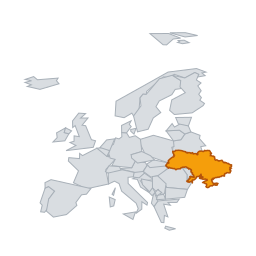 Europe, with Ukraine highlighted, rotated 4°
{"feature_id": "UKR", "entity_name": "Ukraine", "entity_type": "country or territory", "adm_level": 0, "iso_a3": "UKR", "parent_name": "Europe", "parent_adm1": "", "projection": "natural_earth1", "projection_center": [31.244, 48.371], "detail": "fine", "context": "in_parent", "style": "filled", "palette": "amber", "viewbox_px": 256, "rotation_deg": 4, "n_neighbors": 37, "source": "natural_earth", "source_scale": "50m", "svg_char_len": 12662}
<svg xmlns="http://www.w3.org/2000/svg" viewBox="0 0 256 256"><g transform="rotate(4 128 128)"><path d="M143.3,32.3L161.9,30.9L174.2,34.7L166.9,36.1L160.7,42.4L157.2,42.5L143.3,32.3ZM201.3,70.4L193.4,72.4L194.8,69.6L190.8,68.0L181.2,74.1L170.4,71.2L165.8,75.1L159.9,74.5L144.1,90.1L143.8,93.2L140.6,93.2L137.9,97.1L137.7,110.1L132.7,115.6L130.8,112.9L123.4,118.0L114.3,116.8L114.2,102.1L164.1,69.4L192.2,63.9L201.9,66.8L197.9,67.9L201.3,70.4ZM191.0,30.9L178.6,33.2L163.1,30.1L178.6,28.9L191.0,30.9ZM183.0,38.6L176.5,40.1L171.5,39.2L173.5,38.3L171.9,37.2L177.9,36.5L183.0,38.6Z" fill="#d9dde1" stroke="#a8b0b8" stroke-width="1"/><path d="M98.4,150.3L117.4,160.2L108.8,170.9L112.5,185.2L90.8,191.6L77.4,186.4L81.6,174.2L70.8,165.1L71.0,161.7L81.8,161.9L81.5,156.7L84.6,158.7L98.4,150.3ZM116.7,195.2L119.6,188.4L118.3,196.2L116.7,195.2Z" fill="#d9dde1" stroke="#a8b0b8" stroke-width="1"/><path d="M132.7,115.6L139.4,105.0L137.9,97.1L140.6,93.2L143.8,93.2L155.9,76.7L168.5,72.3L177.3,77.0L178.0,85.0L172.4,86.2L169.4,91.7L157.3,98.8L154.4,104.8L159.6,110.3L152.5,116.2L148.2,127.8L137.7,131.2L132.7,115.6Z" fill="#d9dde1" stroke="#a8b0b8" stroke-width="1"/><path d="M191.0,127.5L200.4,130.3L200.0,133.6L206.8,140.3L201.9,141.5L203.6,146.0L199.2,149.5L174.0,148.4L174.3,137.7L181.6,136.0L185.1,130.0L191.0,127.5Z" fill="#d9dde1" stroke="#a8b0b8" stroke-width="1"/><path d="M174.3,137.7L175.2,143.3L173.0,144.2L175.7,152.4L170.9,160.1L147.3,153.7L140.7,141.9L141.2,138.4L153.9,133.5L174.3,137.7Z" fill="#d9dde1" stroke="#a8b0b8" stroke-width="1"/><path d="M149.5,164.3L145.5,171.1L140.3,172.3L121.6,169.1L134.5,167.4L137.4,160.8L147.9,161.3L149.5,164.3Z" fill="#d9dde1" stroke="#a8b0b8" stroke-width="1"/><path d="M168.2,163.0L170.4,165.5L163.9,172.8L154.3,175.4L146.3,170.3L149.5,164.3L168.2,163.0Z" fill="#d9dde1" stroke="#a8b0b8" stroke-width="1"/><path d="M184.8,163.9L192.3,164.4L197.2,172.3L192.9,172.2L190.5,176.7L190.2,170.5L184.8,163.9Z" fill="#d9dde1" stroke="#a8b0b8" stroke-width="1"/><path d="M190.5,176.7L195.6,177.6L191.6,185.1L170.6,184.6L160.9,173.7L172.0,164.5L184.8,163.9L190.2,170.5L190.5,176.7Z" fill="#d9dde1" stroke="#a8b0b8" stroke-width="1"/><path d="M185.1,130.0L181.6,136.0L174.3,137.7L166.2,128.2L179.5,126.6L185.1,130.0Z" fill="#d9dde1" stroke="#a8b0b8" stroke-width="1"/><path d="M188.1,121.7L191.0,127.5L185.1,130.0L179.5,126.6L166.2,128.2L171.7,120.5L174.3,123.8L180.8,119.5L188.1,121.7Z" fill="#d9dde1" stroke="#a8b0b8" stroke-width="1"/><path d="M190.6,112.9L188.1,121.7L177.9,120.3L174.8,114.2L190.6,112.9Z" fill="#d9dde1" stroke="#a8b0b8" stroke-width="1"/><path d="M141.2,138.4L143.4,150.5L133.0,154.4L137.4,160.8L134.5,167.4L114.5,166.7L117.4,160.2L112.3,159.3L110.6,155.0L111.3,147.1L114.6,145.4L116.3,138.7L119.8,139.5L122.5,137.2L122.0,133.0L126.9,132.9L130.0,137.3L135.8,135.2L141.2,138.4Z" fill="#d9dde1" stroke="#a8b0b8" stroke-width="1"/><path d="M169.6,182.6L170.6,184.6L191.6,185.1L189.4,193.2L170.3,196.4L169.6,182.6Z" fill="#d9dde1" stroke="#a8b0b8" stroke-width="1"/><path d="M182.5,225.2L176.3,227.1L171.7,225.3L172.4,223.3L182.5,225.2ZM162.9,198.7L184.1,195.3L182.0,198.8L173.1,199.5L175.7,202.1L168.9,201.5L174.0,213.9L170.4,212.7L170.4,219.9L167.8,219.9L159.4,204.5L162.9,198.7Z" fill="#d9dde1" stroke="#a8b0b8" stroke-width="1"/><path d="M162.9,198.7L159.4,204.5L156.6,201.5L158.4,189.9L162.9,198.7Z" fill="#d9dde1" stroke="#a8b0b8" stroke-width="1"/><path d="M147.5,171.9L157.6,177.9L144.0,179.8L153.5,190.9L144.6,186.0L140.9,178.6L136.3,178.3L147.5,171.9Z" fill="#d9dde1" stroke="#a8b0b8" stroke-width="1"/><path d="M122.2,167.1L124.6,172.0L112.9,175.3L108.5,173.0L111.7,167.1L122.2,167.1Z" fill="#d9dde1" stroke="#a8b0b8" stroke-width="1"/><path d="M109.6,155.2L110.7,158.1L108.9,157.8L109.6,155.2Z" fill="#d9dde1" stroke="#a8b0b8" stroke-width="1"/><path d="M111.3,151.9L108.9,157.8L98.4,150.3L107.5,148.8L111.3,151.9Z" fill="#d9dde1" stroke="#a8b0b8" stroke-width="1"/><path d="M115.5,139.7L111.3,151.9L101.4,149.4L107.5,141.4L115.5,139.7Z" fill="#d9dde1" stroke="#a8b0b8" stroke-width="1"/><path d="M49.5,193.8L52.7,191.9L59.2,196.1L53.8,204.5L54.7,211.9L50.7,217.9L46.7,217.7L47.8,211.0L45.5,208.8L49.5,193.8Z" fill="#d9dde1" stroke="#a8b0b8" stroke-width="1"/><path d="M52.4,216.6L53.8,204.5L59.2,196.1L52.7,191.9L49.5,193.8L49.0,188.3L54.8,184.9L95.2,191.0L91.2,196.9L86.3,197.9L81.2,206.0L82.4,208.8L72.7,218.6L59.8,222.1L52.4,216.6Z" fill="#d9dde1" stroke="#a8b0b8" stroke-width="1"/><path d="M69.4,137.9L65.9,145.2L54.1,147.2L58.0,142.5L57.1,137.8L65.7,132.2L64.7,137.0L69.4,137.9Z" fill="#d9dde1" stroke="#a8b0b8" stroke-width="1"/><path d="M125.1,170.1L137.3,171.9L137.5,176.2L131.5,177.2L132.0,183.3L152.7,201.0L152.3,203.6L147.0,200.6L147.4,208.0L141.9,212.7L143.8,207.7L141.4,202.5L126.1,191.5L123.0,184.1L118.2,182.0L112.5,185.2L111.4,174.3L125.1,170.1ZM129.3,214.1L141.3,211.2L139.3,218.9L129.3,214.1ZM114.1,198.2L120.2,200.3L119.2,206.7L115.8,208.0L114.1,198.2Z" fill="#d9dde1" stroke="#a8b0b8" stroke-width="1"/><path d="M126.9,132.9L122.0,133.0L121.4,125.9L130.6,120.6L129.0,124.3L131.1,126.3L126.9,132.9ZM136.0,127.8L134.4,133.7L131.0,131.1L130.8,129.3L136.0,127.8Z" fill="#d9dde1" stroke="#a8b0b8" stroke-width="1"/><path d="M69.4,137.9L64.7,137.0L65.7,132.2L71.9,134.8L69.4,137.9ZM80.0,140.0L75.1,129.3L72.8,131.4L72.2,124.8L77.8,116.6L84.7,116.6L80.0,121.4L87.4,120.8L82.0,128.4L85.6,128.7L92.3,142.2L96.5,143.0L94.7,149.7L67.8,154.9L77.3,149.1L71.1,146.5L75.1,145.0L74.8,139.6L80.0,140.0Z" fill="#d9dde1" stroke="#a8b0b8" stroke-width="1"/><path d="M54.8,83.1L53.3,85.8L56.1,88.7L37.5,95.6L24.6,93.6L28.5,91.7L22.1,89.7L28.5,87.6L22.0,86.7L30.3,83.3L34.3,86.2L54.8,83.1Z" fill="#d9dde1" stroke="#a8b0b8" stroke-width="1"/><path d="M137.3,171.9L146.3,170.3L147.5,171.9L142.6,176.9L136.6,176.6L137.3,171.9Z" fill="#d9dde1" stroke="#a8b0b8" stroke-width="1"/><path d="M194.8,69.6L192.9,75.3L197.7,78.0L194.7,81.1L198.4,85.8L196.2,89.4L199.1,92.6L197.7,95.3L202.6,98.2L201.4,100.4L191.0,108.4L173.3,111.3L168.3,107.5L169.7,96.9L182.7,88.8L177.0,83.4L177.3,77.0L168.5,72.3L181.2,74.1L190.8,68.0L194.8,69.6Z" fill="#d9dde1" stroke="#a8b0b8" stroke-width="1"/><path d="M170.1,159.9L167.4,163.4L152.6,166.0L149.2,162.7L155.6,158.0L170.1,159.9Z" fill="#d9dde1" stroke="#a8b0b8" stroke-width="1"/><path d="M143.4,150.5L152.3,154.0L156.7,158.0L140.0,162.3L133.7,157.7L133.0,154.4L143.4,150.5Z" fill="#d9dde1" stroke="#a8b0b8" stroke-width="1"/><path d="M153.9,190.1L146.4,183.5L144.9,177.9L157.5,179.6L157.5,185.8L153.9,190.1Z" fill="#d9dde1" stroke="#a8b0b8" stroke-width="1"/><path d="M168.3,191.7L170.3,196.4L161.4,197.5L162.1,193.0L168.3,191.7Z" fill="#d9dde1" stroke="#a8b0b8" stroke-width="1"/><path d="M155.7,174.7L160.9,173.7L169.9,181.0L168.9,191.0L165.2,192.0L162.6,187.2L160.4,189.3L156.6,186.0L155.7,174.7Z" fill="#d9dde1" stroke="#a8b0b8" stroke-width="1"/><path d="M159.6,190.4L156.8,193.8L153.5,190.9L156.6,186.0L159.6,190.4Z" fill="#d9dde1" stroke="#a8b0b8" stroke-width="1"/><path d="M161.4,193.9L159.6,190.4L161.9,187.4L166.1,190.0L161.4,193.9Z" fill="#d9dde1" stroke="#a8b0b8" stroke-width="1"/><path d="M215.7,175.7L216.6,176.9L217.0,177.3L217.4,177.5L217.7,177.5L218.4,177.2L218.7,177.1L219.4,177.2L219.6,177.0L220.0,176.9L220.4,176.8L221.5,177.1L221.1,177.9L220.9,178.7L220.2,178.9L219.6,178.8L218.9,179.0L218.5,178.7L218.2,178.5L217.8,178.4L217.4,178.5L217.0,179.1L216.3,179.5L216.0,179.9L215.3,179.8L214.6,179.9L213.7,180.3L213.0,181.2L212.3,181.7L211.7,181.9L211.1,181.8L210.7,181.7L209.9,181.1L210.0,180.9L210.2,180.5L210.5,179.4L210.5,179.1L210.3,178.5L209.7,178.1L209.2,178.2L208.9,178.1L207.9,177.4L207.4,177.3L206.8,177.4L206.6,177.3L206.4,177.1L207.6,176.2L208.7,175.5L209.2,175.4L209.9,175.0L210.7,174.5L210.6,174.1L210.4,173.8L209.8,174.0L209.2,173.7L208.9,173.5L208.0,173.7L207.4,173.7L206.3,173.9L205.7,173.7L204.6,173.1L204.2,172.9L203.9,173.0L203.7,172.8L203.9,172.7L204.5,172.6L204.5,172.3L204.0,172.1L203.4,172.1L202.8,171.7L203.4,171.7L204.0,171.8L205.0,171.9L205.8,172.1L206.6,171.4L205.8,171.6L205.0,171.5L204.7,171.3L204.4,171.0L204.3,170.6L204.4,170.3L204.3,169.7L203.9,168.9L203.6,168.6L203.9,169.2L204.0,169.6L204.2,169.9L204.1,170.9L204.0,171.2L203.7,171.3L202.8,171.2L202.9,170.6L202.6,170.8L202.3,171.3L202.0,171.4L201.3,171.4L200.0,171.7L199.8,172.6L199.5,173.0L199.0,173.8L197.9,174.9L196.4,175.5L195.9,175.4L195.7,175.6L195.6,175.8L195.6,176.2L195.9,176.4L196.1,177.4L196.0,177.8L195.5,177.2L194.9,177.0L194.2,177.1L193.5,177.5L193.0,177.6L192.6,177.5L192.6,177.8L191.3,177.6L190.8,177.4L190.4,176.9L190.8,176.6L191.5,176.6L191.6,176.3L191.5,175.9L191.8,175.5L192.2,175.3L192.4,175.0L192.4,174.6L192.8,174.4L193.2,174.1L193.3,173.7L193.2,172.9L193.2,172.6L193.1,172.3L193.3,172.1L194.0,171.8L194.2,172.5L194.4,172.4L194.5,172.1L194.9,172.2L195.1,172.2L195.5,172.4L196.0,172.2L196.5,172.6L197.4,172.5L197.6,172.3L196.8,171.8L196.9,170.9L196.8,170.6L196.7,170.4L196.1,170.1L195.6,169.9L195.5,169.4L195.3,169.2L195.4,168.7L195.5,168.4L195.4,168.3L194.9,168.1L194.7,167.8L194.0,167.5L194.0,167.3L193.9,167.1L194.1,166.5L194.2,166.2L194.2,165.5L193.9,165.1L193.4,165.2L193.2,165.1L193.0,164.9L192.7,164.4L191.8,164.2L191.5,164.5L191.4,164.2L191.2,164.2L191.1,163.9L190.9,163.8L190.4,163.8L190.2,163.7L190.0,163.4L189.7,163.4L189.4,163.2L189.2,163.0L188.8,162.8L188.2,162.7L187.7,163.0L187.4,162.9L187.0,163.2L185.8,163.2L185.6,163.1L184.9,163.5L183.6,164.0L183.5,164.4L183.1,165.0L180.5,165.3L179.4,165.7L179.1,166.1L178.4,166.2L177.3,165.2L176.9,165.2L175.8,165.4L175.4,165.2L175.2,165.2L174.0,165.0L173.0,165.0L172.3,164.5L172.0,164.5L171.7,164.9L171.1,165.2L171.0,164.9L170.7,164.4L170.3,164.4L170.0,164.3L169.8,164.0L169.4,163.8L169.2,163.7L168.9,163.0L168.4,163.0L168.5,162.3L169.1,161.7L169.4,160.9L170.0,160.1L170.0,159.9L171.0,160.2L171.1,159.9L170.6,159.5L170.8,158.9L170.5,157.8L170.7,157.5L172.0,156.1L172.8,155.3L174.5,153.9L175.4,153.7L175.7,153.3L175.9,153.2L175.9,152.8L175.8,152.3L175.5,152.0L175.6,151.9L175.8,151.8L176.0,151.7L175.6,151.3L175.4,151.0L175.2,150.4L174.5,149.6L174.5,149.4L174.5,149.2L174.5,148.9L174.3,148.6L174.3,148.2L174.7,148.1L175.0,148.1L175.6,148.3L176.2,148.0L176.8,147.5L176.9,147.2L177.1,147.0L178.9,146.9L179.6,146.7L180.3,146.7L182.7,146.8L184.3,147.1L184.5,147.3L185.7,147.5L187.0,147.6L187.5,148.3L188.6,148.2L189.0,148.4L188.9,148.8L189.0,148.8L189.5,148.4L190.1,148.4L190.4,148.4L190.6,148.2L191.6,148.4L192.0,148.4L192.2,148.5L192.4,148.9L192.7,149.0L192.9,148.7L193.1,148.5L193.6,148.4L193.9,148.1L194.0,148.1L194.3,148.3L194.7,149.1L194.9,149.3L195.6,149.0L196.9,148.9L197.5,148.8L197.8,148.8L198.3,149.2L198.4,149.5L198.8,149.8L199.2,149.8L199.3,149.5L199.5,149.4L199.4,148.8L199.2,148.3L199.3,147.8L199.6,147.3L200.0,146.9L200.8,146.2L201.1,146.1L201.6,146.2L202.1,145.9L202.9,145.9L203.6,146.0L204.3,146.2L204.8,146.2L205.4,145.9L205.7,145.2L206.0,145.0L207.3,145.3L207.6,145.2L208.5,144.9L209.0,144.8L209.6,144.9L210.6,144.8L210.9,145.0L211.3,145.3L211.6,145.7L212.0,146.5L213.0,147.4L213.0,147.6L212.9,147.7L212.0,147.9L212.0,148.0L212.3,148.5L212.3,149.1L212.4,149.3L212.6,149.4L212.6,149.6L212.4,149.8L213.4,149.9L214.2,150.2L215.4,150.1L215.5,150.2L215.8,150.7L215.9,150.8L216.3,150.8L216.3,151.1L216.5,151.5L216.6,151.9L216.8,152.3L216.8,152.5L216.7,152.8L216.7,153.1L217.0,153.5L217.4,153.9L217.7,154.0L218.5,153.6L219.3,153.7L219.6,153.9L219.8,154.2L220.0,154.3L220.7,154.3L221.1,154.7L221.6,154.3L222.4,154.1L223.0,154.0L223.7,153.7L224.0,153.7L224.3,154.1L224.6,154.3L224.7,154.6L225.1,155.1L226.3,156.0L226.7,155.9L226.8,155.5L226.9,155.4L227.1,155.4L227.8,155.8L228.5,155.8L229.5,156.4L229.9,156.5L230.4,156.3L230.9,156.8L231.5,156.9L232.7,157.6L233.0,157.6L233.6,157.5L233.8,157.6L233.7,158.0L233.7,158.3L234.0,158.6L234.0,158.8L233.9,159.1L233.8,159.3L233.2,160.0L232.4,160.2L232.5,160.5L233.6,161.0L233.3,161.2L232.9,161.2L232.5,161.5L232.4,162.2L232.8,162.3L233.1,162.4L233.3,163.0L233.2,163.4L233.1,163.5L233.6,163.7L233.6,163.8L233.3,164.1L232.9,165.1L233.0,165.4L232.8,165.6L231.6,165.7L229.8,165.6L229.5,165.7L229.1,166.3L228.8,166.5L228.4,166.7L227.8,166.7L227.6,167.0L227.5,167.4L227.5,167.7L227.3,168.1L227.6,168.3L227.5,168.5L227.4,168.6L227.3,168.8L227.4,169.2L227.2,169.2L225.9,169.1L224.9,169.2L224.2,170.0L223.7,170.0L223.1,170.2L222.7,170.4L222.2,170.9L221.8,170.7L221.3,170.7L220.8,170.8L220.3,171.2L220.0,171.3L219.3,171.2L218.6,171.4L217.1,172.5L216.5,173.3L216.3,173.5L216.1,173.7L215.6,173.8L216.6,173.0L216.7,172.5L216.4,172.2L215.8,173.0L215.0,173.4L215.0,173.9L215.1,174.3L215.3,174.9L215.7,175.7ZM205.1,173.6L203.4,173.3L202.9,173.1L202.8,172.8L202.7,172.5L203.2,173.0L204.5,173.3L205.1,173.6Z" fill="#f59e0b" stroke="#b45309" stroke-width="1.5"/></g></svg>